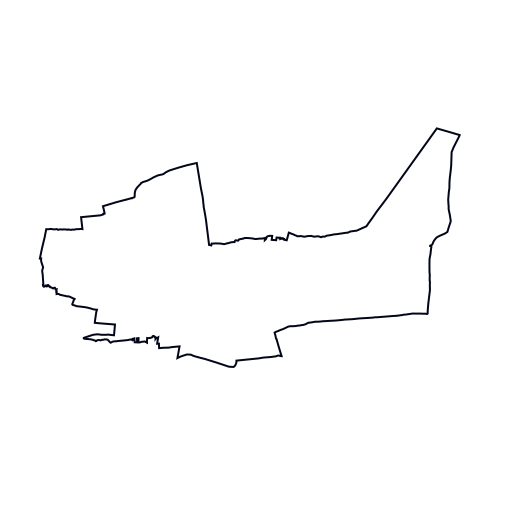 outline of Grecesti, Dolj, Romania, rotated 354°
{"feature_id": "2599482B64081840241941", "entity_name": "Grecesti", "entity_type": "district", "adm_level": 2, "iso_a3": "ROU", "parent_name": "Romania", "parent_adm1": "Dolj", "projection": "orthographic", "projection_center": [23.262, 44.454], "detail": "fine", "context": "isolated", "style": "outline", "palette": "ink", "viewbox_px": 512, "rotation_deg": 354, "n_neighbors": 0, "source": "geoboundaries", "source_scale": "gbopen_adm2", "svg_char_len": 6015}
<svg xmlns="http://www.w3.org/2000/svg" viewBox="0 0 512 512"><g transform="rotate(354 256 256)"><path d="M265.2,357.9L265.3,357.8L267.6,357.3L268.7,357.5L269.9,358.1L271.0,358.3L269.3,349.7L267.7,340.6L267.3,340.3L267.0,337.1L266.5,334.1L268.2,333.4L269.6,333.1L272.6,332.1L273.3,332.0L275.9,331.3L277.6,330.7L278.5,330.4L279.2,330.1L280.7,329.6L281.3,329.5L282.0,329.5L283.0,329.4L285.4,329.7L288.0,329.8L290.5,329.6L291.3,329.7L292.3,329.7L293.7,329.5L295.8,329.5L298.3,329.0L300.9,327.9L304.8,327.8L308.2,327.5L308.9,327.7L312.7,327.9L317.0,327.9L319.3,328.1L320.7,328.1L328.2,328.5L335.8,328.6L336.6,328.5L338.1,328.5L339.1,328.6L345.2,328.9L352.4,328.9L365.4,329.5L368.2,329.4L368.9,329.5L370.4,329.6L386.7,330.0L389.6,330.2L390.0,330.0L390.8,330.2L393.7,330.0L394.5,330.1L395.1,330.0L396.8,329.8L398.8,329.9L406.0,329.6L408.8,330.0L412.1,330.3L417.2,331.0L418.1,331.0L419.7,331.5L420.3,331.5L420.7,331.1L421.1,328.1L422.4,321.2L425.4,308.2L425.9,302.4L426.1,301.6L426.3,299.3L426.1,298.7L426.9,292.5L426.8,291.4L427.1,287.5L427.8,280.9L428.2,277.6L428.8,275.2L429.6,272.8L430.1,270.6L430.9,266.9L431.4,265.4L431.3,265.1L431.2,264.9L430.2,264.3L430.2,264.0L430.3,263.9L432.0,263.4L432.6,262.9L433.4,261.3L434.6,259.4L437.2,256.7L439.0,255.8L440.3,255.3L446.5,253.3L448.8,252.1L449.4,250.8L450.4,248.3L452.7,243.2L453.3,241.7L453.3,240.3L453.2,238.5L453.1,236.0L452.5,229.7L452.5,229.0L452.8,226.7L452.8,224.5L453.0,220.2L454.5,212.3L455.4,208.9L456.1,203.0L457.0,198.1L458.5,191.7L459.6,186.3L461.4,173.2L463.8,168.7L470.9,157.7L471.2,157.0L449.2,148.0L391.5,212.9L380.9,224.2L375.6,230.4L371.3,235.2L368.9,238.0L358.5,241.4L357.1,241.3L352.8,241.5L351.9,241.6L349.8,242.4L348.3,242.3L339.3,242.7L335.3,242.7L332.9,243.0L328.3,243.2L326.6,243.9L324.7,243.7L324.1,243.7L322.7,244.1L322.3,244.0L320.8,243.2L319.9,242.9L318.6,242.8L317.2,242.9L315.6,242.8L313.0,241.8L309.5,241.6L306.2,241.9L302.4,240.8L301.1,240.9L300.2,240.7L299.5,240.7L299.2,240.7L297.9,239.8L296.5,239.2L295.9,238.7L294.9,238.1L294.0,237.8L292.9,237.1L291.1,236.2L288.2,243.6L286.8,243.2L285.6,242.7L285.8,242.0L284.1,241.7L284.3,241.1L282.5,240.9L282.4,241.4L281.9,241.6L281.9,241.2L281.4,241.1L281.6,240.3L278.4,239.8L277.7,242.4L273.3,241.6L274.2,237.7L272.1,237.4L270.8,237.4L269.8,237.6L269.1,237.9L268.8,238.1L268.6,238.4L267.9,239.9L267.5,240.4L266.4,241.2L266.7,239.0L265.3,239.2L263.1,239.3L262.1,239.1L257.8,239.1L256.7,239.0L254.8,238.3L253.0,237.9L251.5,237.6L248.6,237.1L248.0,237.1L246.6,236.9L245.6,237.3L245.0,237.4L244.8,237.3L243.3,237.5L241.0,237.7L239.8,238.9L237.8,238.3L237.2,238.3L236.9,238.5L236.5,239.0L236.1,239.9L233.5,239.7L231.3,240.0L229.8,240.4L229.1,240.3L226.4,240.8L225.4,240.9L223.6,240.3L220.7,239.7L219.0,239.5L216.8,239.2L214.6,239.2L213.2,239.0L212.6,240.8L210.5,240.1L210.0,214.2L209.4,205.1L209.1,201.8L209.2,199.7L209.1,198.2L209.2,195.9L209.1,191.4L208.3,183.0L206.8,157.3L196.9,158.5L188.3,160.0L182.3,161.2L178.5,162.0L175.2,163.3L173.5,164.2L173.0,164.6L172.3,164.9L171.1,165.1L167.4,165.5L165.8,165.9L162.0,167.2L159.1,168.5L156.0,169.7L151.1,170.7L150.1,171.2L149.4,171.4L148.8,172.2L148.0,172.9L147.2,173.5L144.9,175.5L143.2,177.6L142.8,178.3L142.1,180.4L141.5,184.3L141.3,184.7L141.1,184.9L138.9,185.4L138.5,185.7L138.0,185.4L136.9,185.7L122.6,187.9L109.0,190.5L109.5,194.0L109.9,197.9L108.6,198.0L108.6,198.6L107.5,198.9L105.4,199.3L86.1,199.1L86.1,202.0L86.2,211.1L84.4,210.7L82.7,210.8L81.3,210.6L80.1,210.6L79.0,210.6L78.4,210.8L76.0,210.5L75.0,210.7L73.4,210.3L72.7,210.3L72.0,209.9L71.1,210.2L70.0,209.8L67.6,209.4L66.9,209.5L65.4,209.3L63.9,209.0L62.0,209.3L61.7,209.2L61.1,208.6L60.7,208.4L59.3,208.5L57.2,208.3L55.5,207.8L53.8,207.6L52.1,207.7L50.2,207.4L47.7,215.5L43.9,226.2L40.8,235.9L42.1,236.0L41.9,236.9L41.8,239.0L43.1,245.0L41.8,248.2L41.8,249.7L41.9,252.6L41.6,260.8L41.5,262.0L41.1,262.2L41.1,263.2L41.3,263.3L41.4,263.9L41.5,264.1L41.7,264.3L42.0,264.4L42.9,264.0L43.4,263.4L43.7,263.3L44.0,263.4L44.2,264.2L44.3,264.3L44.7,264.4L45.1,264.3L45.1,263.6L45.3,263.3L46.0,263.1L46.4,263.2L46.7,263.6L46.9,264.4L47.2,264.7L47.7,264.7L47.9,264.8L47.9,265.4L48.1,265.6L48.4,265.6L49.2,265.9L50.1,266.6L50.5,266.9L50.8,267.1L51.3,266.9L51.7,266.5L52.7,266.6L53.0,267.4L53.2,268.4L53.5,268.6L54.2,268.4L53.6,270.6L54.0,270.7L53.7,273.0L54.8,272.9L55.7,273.2L56.5,273.6L56.9,274.0L57.4,274.2L64.3,276.5L65.1,276.5L66.1,276.8L68.9,278.5L71.1,279.8L70.1,280.9L69.4,282.5L68.2,284.7L68.3,285.0L68.6,285.5L71.0,286.4L72.1,287.1L76.3,288.0L81.7,289.3L85.6,290.7L88.6,292.0L90.1,292.4L92.2,292.8L91.3,295.0L89.0,304.0L88.7,305.6L93.0,306.5L108.6,309.4L106.5,320.0L100.6,318.7L98.5,318.7L94.2,318.2L90.3,317.3L86.7,317.3L85.4,317.4L76.2,319.4L76.1,319.7L76.1,320.0L76.7,320.3L78.7,320.8L81.2,321.2L83.2,321.7L84.8,322.2L85.3,322.5L85.7,322.8L86.6,323.0L87.1,323.2L87.8,324.0L88.3,323.9L88.8,323.4L89.9,323.1L91.8,323.3L92.7,323.7L94.0,323.3L95.6,323.3L96.5,323.1L97.5,323.2L99.2,323.5L99.8,323.8L100.0,324.2L100.6,324.8L101.7,326.4L102.3,327.0L102.6,327.0L104.3,326.2L105.6,326.1L107.3,326.1L108.4,326.2L110.2,326.1L112.0,326.2L113.3,326.1L114.1,326.2L116.2,326.2L117.4,326.2L119.6,326.2L122.8,325.9L123.5,326.1L124.2,326.9L124.5,326.8L124.6,325.5L126.4,325.2L126.3,329.1L128.8,329.5L129.0,325.4L130.6,325.4L130.2,328.7L129.8,329.6L131.0,329.8L132.1,329.7L133.0,329.4L136.5,329.4L138.5,330.8L138.6,329.5L139.2,326.2L139.9,326.4L142.6,326.4L143.6,326.2L144.3,325.9L144.7,325.1L145.3,324.8L145.9,324.8L146.5,325.3L146.8,326.2L147.4,326.2L147.5,326.4L147.7,326.8L147.5,327.9L147.8,327.6L147.9,326.9L148.0,326.7L148.3,326.7L148.6,326.9L149.3,327.1L150.2,326.7L148.5,332.9L150.3,333.0L150.0,337.3L150.0,337.5L154.8,337.6L159.2,338.0L163.6,337.8L170.5,337.9L167.2,349.3L169.6,348.4L171.8,347.8L176.5,346.8L177.9,346.8L180.7,347.3L181.4,347.6L182.7,348.4L184.0,349.1L190.4,351.6L194.3,353.0L205.9,358.0L217.6,363.3L222.2,364.0L223.8,362.8L224.9,360.9L225.4,359.7L225.6,358.0L248.2,358.1L252.5,357.8L256.8,357.9L259.0,358.0L265.2,357.9Z" fill="none" stroke="#020617" stroke-width="2"/></g></svg>